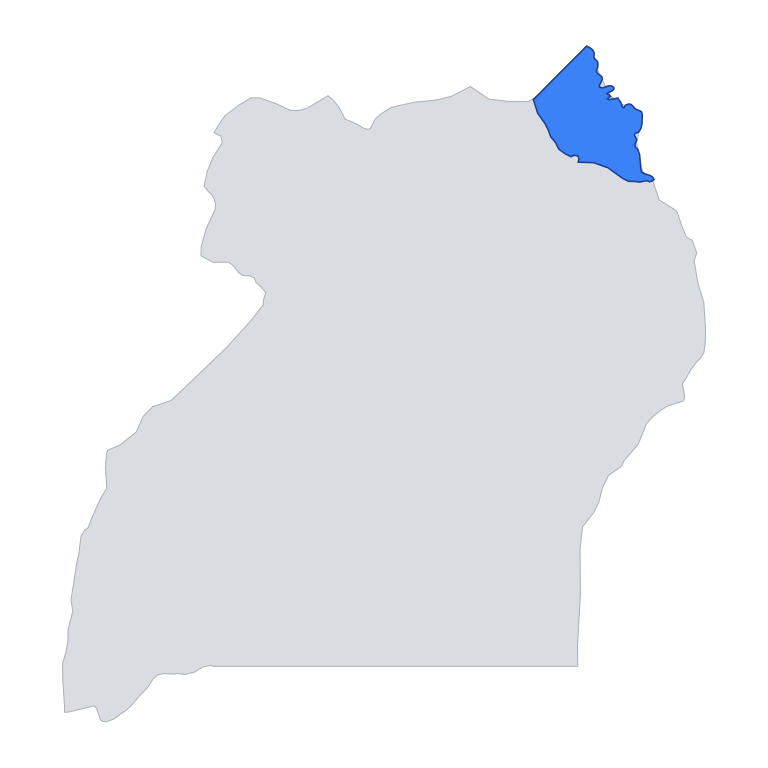 Uganda, with Kaabong highlighted
{"feature_id": "UGA-3125", "entity_name": "Kaabong", "entity_type": "District", "adm_level": 1, "iso_a3": "UGA", "parent_name": "Uganda", "parent_adm1": "", "projection": "mercator", "projection_center": [34.168, 3.648], "detail": "fine", "context": "in_parent", "style": "filled", "palette": "blue", "viewbox_px": 768, "rotation_deg": 0, "n_neighbors": 0, "source": "natural_earth", "source_scale": "10m", "svg_char_len": 3578}
<svg xmlns="http://www.w3.org/2000/svg" viewBox="0 0 768 768"><path d="M577.8,666.4L564.9,666.4L543.8,666.4L522.7,666.4L501.6,666.4L480.5,666.4L459.4,666.4L438.3,666.4L417.2,666.4L396.1,666.4L375.0,666.4L353.9,666.4L332.8,666.4L311.7,666.4L290.6,666.4L269.5,666.4L248.4,666.4L227.3,666.4L214.8,666.4L212.3,666.0L210.6,665.5L202.6,667.0L194.4,672.2L185.6,674.4L176.3,673.6L175.1,674.1L170.3,674.0L163.5,673.6L157.3,675.0L152.6,679.6L147.8,687.4L139.1,696.3L132.4,704.3L126.6,709.9L113.4,719.2L106.3,721.9L102.7,721.5L100.5,719.8L96.4,707.9L93.8,706.0L68.2,712.1L64.4,712.2L64.7,708.5L62.8,680.5L62.6,663.4L65.9,652.7L67.9,640.4L68.1,629.5L72.8,611.0L71.0,599.9L77.1,560.9L78.7,554.6L81.1,535.8L84.9,530.0L88.2,527.7L92.6,516.1L101.0,497.7L106.8,488.2L105.5,467.4L106.5,453.3L107.8,450.2L120.2,444.9L136.3,431.9L143.1,416.5L152.7,406.7L171.3,400.4L226.4,347.7L252.1,319.3L263.3,304.7L263.6,299.5L265.8,292.6L261.3,287.3L256.0,282.4L254.2,277.9L249.6,275.7L243.0,275.8L238.6,272.5L233.7,266.1L228.7,262.1L213.1,262.4L201.0,255.9L201.2,247.0L205.9,229.5L215.1,209.4L215.5,203.8L214.3,199.1L212.1,195.1L207.9,191.0L204.1,186.2L207.1,171.8L212.8,157.6L217.5,150.5L222.2,142.6L220.8,136.1L214.1,132.9L217.6,126.5L224.9,115.8L239.0,105.0L251.3,97.8L259.6,97.8L275.7,103.5L290.2,110.3L298.2,110.6L307.9,107.8L328.0,95.8L332.8,99.6L338.7,106.9L345.0,119.0L357.7,124.5L363.7,128.3L368.1,129.4L370.5,128.4L375.3,118.9L381.1,113.8L391.8,107.2L415.4,102.0L432.3,100.5L439.4,99.3L451.4,96.3L470.3,86.5L488.9,99.1L509.1,101.5L528.7,101.4L534.7,97.6L538.1,94.7L558.7,74.0L586.5,46.1L605.0,85.5L611.4,87.8L610.5,91.2L608.9,94.5L621.0,104.0L636.0,109.0L641.3,113.8L641.8,119.1L636.7,142.1L637.7,148.7L642.5,171.8L651.4,176.9L659.3,200.1L675.2,210.0L677.5,212.8L681.1,224.1L686.0,236.4L689.8,239.2L692.1,240.0L696.8,253.0L694.1,260.4L697.8,282.7L703.8,302.6L705.4,326.4L705.4,336.9L705.2,343.3L703.9,352.4L701.0,357.6L696.0,362.7L690.3,370.7L685.4,379.3L682.3,383.5L684.7,396.3L684.1,399.7L682.8,401.3L675.6,403.3L666.4,406.7L660.8,410.2L652.9,416.7L646.5,423.7L638.1,444.5L624.1,460.6L621.7,466.0L608.4,475.6L602.6,487.5L598.9,502.0L593.7,512.5L582.6,526.8L580.0,549.5L580.4,594.7L577.5,646.1L577.8,666.4Z" fill="#d9dde1" stroke="#a8b0b8" stroke-width="1"/><path d="M533.3,99.5L533.9,99.1L542.6,90.4L553.9,78.9L567.2,65.6L577.0,55.8L586.6,46.1L590.0,47.8L592.7,49.9L594.2,52.7L594.0,56.3L594.2,58.0L595.2,59.3L596.6,60.5L597.5,61.8L597.9,63.2L598.0,64.6L597.6,67.4L597.1,69.0L596.6,70.2L596.6,71.4L597.5,73.3L598.9,74.6L600.7,75.7L602.0,77.1L602.3,79.0L601.1,82.1L599.6,84.8L599.4,86.9L602.1,87.9L604.0,87.5L608.7,85.8L611.0,85.8L613.7,87.2L614.0,88.8L612.7,90.4L607.0,93.4L607.2,94.0L609.1,94.7L610.6,96.5L608.2,98.1L607.4,99.0L608.9,99.5L609.9,99.5L612.0,99.0L614.3,98.8L616.7,98.1L617.9,98.0L618.0,98.6L620.6,102.0L622.4,106.8L623.8,107.6L624.4,107.1L624.9,106.0L626.1,104.8L629.3,103.9L631.5,104.7L635.3,108.8L637.6,110.0L639.8,110.7L641.5,111.8L642.3,114.3L642.0,123.9L640.9,128.6L638.6,132.1L637.5,132.7L636.3,133.0L635.2,133.5L634.6,134.5L634.7,135.8L636.1,138.3L636.6,139.6L636.4,140.8L635.3,143.7L634.9,145.0L635.2,146.5L636.1,147.7L637.3,149.0L638.1,150.2L639.7,155.0L640.8,169.6L642.1,172.3L644.6,173.9L650.2,175.5L652.7,177.1L654.1,179.6L651.9,181.1L649.6,181.8L646.9,180.8L644.3,181.1L639.8,182.1L635.2,181.5L628.3,181.3L622.2,178.1L608.0,167.8L593.6,162.7L578.2,162.2L579.0,158.7L577.9,156.0L574.5,155.2L571.0,156.7L565.0,153.7L558.9,149.2L555.5,142.5L550.7,136.8L548.4,130.3L545.4,124.2L537.7,113.3L533.5,100.0L533.3,99.5Z" fill="#3b82f6" stroke="#1e3a8a" stroke-width="1.5"/></svg>